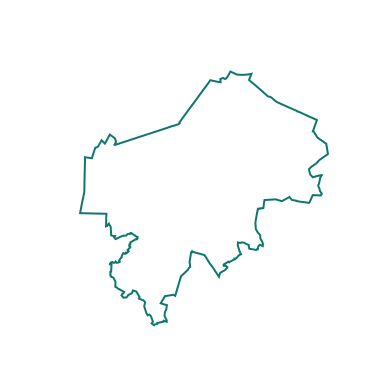 the district of Pāles pag., Limbaži, Latvia, rotated 305°
{"feature_id": "27541924B47846547362039", "entity_name": "Pāles pag.", "entity_type": "district", "adm_level": 2, "iso_a3": "LVA", "parent_name": "Latvia", "parent_adm1": "Limbaži", "projection": "albers", "projection_center": [24.703, 57.696], "detail": "fine", "context": "isolated", "style": "outline", "palette": "teal", "viewbox_px": 384, "rotation_deg": 305, "n_neighbors": 0, "source": "geoboundaries", "source_scale": "gbopen_adm2", "svg_char_len": 5727}
<svg xmlns="http://www.w3.org/2000/svg" viewBox="0 0 384 384"><g transform="rotate(305 192 192)"><path d="M97.3,237.8L112.2,232.8L116.7,231.3L121.6,232.4L126.2,233.3L127.9,233.0L129.2,233.4L129.6,233.5L133.2,230.2L142.0,225.9L143.5,226.0L143.2,226.7L143.3,226.7L147.5,238.4L146.4,241.2L145.4,243.4L143.7,247.4L142.6,250.8L141.9,253.0L138.9,260.4L138.0,262.7L140.3,261.9L141.9,261.5L147.1,263.8L147.3,263.8L147.6,263.9L147.8,264.0L148.0,264.1L148.6,264.0L148.8,264.0L149.7,264.2L150.3,264.2L150.6,264.2L150.8,264.0L150.8,263.8L150.8,263.6L150.7,262.9L150.9,262.4L151.0,262.1L150.9,261.9L150.8,261.5L150.7,261.4L150.5,261.2L150.1,260.9L149.8,260.6L149.8,260.3L149.9,260.1L150.1,259.9L150.3,259.7L150.7,259.7L150.9,259.6L151.0,259.6L155.7,261.7L155.6,262.7L155.8,262.7L156.1,262.6L156.4,262.9L156.9,263.1L157.1,263.4L159.0,264.3L159.5,264.5L160.6,265.0L161.0,265.4L161.2,265.2L161.8,264.9L162.0,265.4L162.4,266.0L162.8,266.1L164.1,266.3L165.2,266.4L166.1,266.6L167.8,267.0L169.1,267.9L170.4,265.4L172.7,262.4L173.4,261.6L173.7,261.2L174.5,260.2L174.8,259.9L177.0,258.7L177.0,258.8L178.1,261.0L178.4,261.2L179.1,261.4L179.3,261.7L179.6,262.3L180.3,263.5L180.4,263.9L180.5,265.6L180.7,267.0L181.0,268.4L181.1,268.8L179.4,270.5L178.4,271.4L179.2,273.3L180.2,275.2L180.5,275.9L181.4,277.9L181.7,278.1L181.8,278.1L182.7,278.1L183.0,278.7L184.4,277.9L185.4,277.6L187.4,277.7L187.6,277.8L187.7,278.0L187.8,278.1L188.0,279.3L188.2,280.5L188.3,281.0L190.5,279.6L190.6,279.4L191.5,278.0L191.8,277.5L193.1,274.8L195.2,273.0L195.8,272.5L195.9,272.3L196.5,269.3L198.2,265.6L202.6,262.0L203.5,261.4L204.9,260.7L209.1,258.7L211.4,257.6L212.1,257.3L212.7,257.1L216.1,255.6L217.1,256.9L217.3,257.2L217.4,257.3L217.5,257.5L217.8,257.3L219.7,259.7L224.7,257.1L227.0,256.0L228.2,257.5L234.0,264.8L236.0,270.8L240.5,273.1L243.8,274.7L242.8,278.5L244.7,282.4L244.5,282.6L245.9,285.7L246.7,287.3L247.9,289.4L248.3,290.2L249.6,293.0L250.2,294.1L251.6,294.1L258.7,292.7L260.7,295.8L261.8,297.5L263.1,299.6L264.8,299.2L265.0,299.3L265.2,299.0L265.4,298.6L265.5,298.3L266.2,296.2L266.4,296.0L267.4,295.0L267.6,294.8L267.8,294.5L268.6,293.0L268.8,292.7L269.2,292.3L270.0,291.5L271.5,291.3L277.2,288.9L277.7,288.8L280.3,288.7L280.2,288.4L279.3,287.6L277.5,285.9L273.3,282.4L273.7,281.2L273.7,280.8L274.0,279.2L274.4,278.6L274.5,278.4L276.7,275.8L277.2,275.2L277.6,274.8L277.8,274.7L279.6,275.0L282.3,275.7L282.4,275.8L283.9,276.4L284.1,276.4L286.6,277.4L289.1,277.7L291.5,278.1L294.8,279.3L295.9,279.7L301.0,281.6L302.1,280.6L306.8,276.0L308.6,274.2L308.4,273.8L308.4,273.1L308.5,270.9L308.6,263.4L309.4,261.4L311.5,256.6L311.1,256.4L311.0,256.2L311.8,256.0L322.4,253.1L322.6,253.0L322.4,251.8L321.4,246.6L321.2,245.7L320.9,244.5L320.9,244.2L319.3,235.2L318.9,233.3L318.8,233.0L318.7,232.8L318.8,232.8L318.3,230.0L317.8,227.8L317.1,223.8L317.0,223.7L316.5,221.1L315.0,213.2L314.4,209.9L314.4,209.6L314.4,208.6L314.8,204.0L314.9,201.9L314.9,201.7L314.8,201.4L314.8,201.2L314.0,200.0L314.0,199.8L313.9,199.3L314.3,196.3L314.5,193.7L314.6,193.4L315.8,182.3L316.2,177.3L316.2,176.9L316.4,174.6L316.5,174.5L317.6,174.2L322.9,172.9L321.0,171.1L317.4,166.9L315.8,164.4L314.9,163.0L314.0,161.6L312.7,154.3L310.7,154.6L306.5,155.0L304.2,154.7L303.3,153.8L303.3,152.1L300.8,150.4L298.3,152.5L296.8,149.4L295.1,145.4L294.1,142.9L288.2,142.9L283.3,142.7L267.8,142.4L260.2,142.2L257.3,142.1L241.8,141.8L241.4,142.4L241.3,142.5L240.4,142.2L240.1,142.2L239.5,141.8L235.3,138.7L235.1,138.5L235.0,138.4L234.9,138.2L229.7,134.4L195.7,108.9L193.4,107.2L186.4,101.9L186.3,101.4L189.2,101.1L190.5,99.8L191.2,98.8L191.8,97.9L191.9,91.8L181.7,92.9L182.3,89.5L182.5,88.3L180.7,88.5L178.6,88.6L177.0,88.8L175.8,88.9L175.1,88.9L174.7,88.7L174.0,88.3L173.0,87.6L172.7,87.4L168.2,88.7L167.7,88.9L162.2,90.6L159.1,84.4L154.4,87.6L138.5,98.2L130.2,103.8L119.7,108.3L113.9,110.9L110.5,112.5L115.1,119.4L121.0,128.3L125.1,134.3L123.6,135.3L120.1,137.6L119.3,138.2L118.3,138.8L114.5,141.3L115.4,142.0L116.9,142.1L117.6,141.9L118.4,142.0L118.0,142.5L117.9,142.8L117.3,144.4L117.0,145.1L116.7,145.5L110.3,150.5L110.2,150.6L110.4,151.5L110.6,152.0L110.9,152.7L111.2,153.4L111.7,154.1L110.2,154.2L109.6,156.4L112.9,158.3L114.3,159.1L116.4,160.4L118.6,163.1L119.0,163.2L120.2,163.3L120.5,163.4L120.9,163.6L121.0,163.7L121.3,164.1L121.7,164.7L121.9,165.2L122.7,165.1L123.2,165.2L123.4,165.6L123.6,165.8L123.5,167.0L123.6,170.3L123.6,172.7L123.9,173.1L122.6,174.1L122.1,174.1L122.1,173.6L121.6,173.3L121.3,173.6L120.8,173.2L120.3,172.7L119.0,172.1L117.6,171.5L115.7,170.5L115.3,170.8L113.8,170.7L113.7,171.4L112.3,171.2L111.7,172.7L111.3,172.5L111.1,173.1L107.5,172.5L107.1,174.2L104.3,173.5L104.4,172.6L102.9,172.6L102.5,170.7L98.8,171.3L98.1,171.9L96.8,171.6L94.1,171.6L93.5,172.8L92.3,172.4L90.8,170.9L91.3,169.4L90.2,169.4L89.2,168.7L89.0,166.8L87.7,166.0L86.1,166.0L85.7,166.2L86.8,167.4L80.3,171.5L79.7,170.9L77.7,172.5L77.4,172.5L76.6,173.3L76.7,173.8L76.4,174.2L76.2,174.6L76.8,176.5L74.7,180.6L73.8,181.4L72.4,182.2L71.3,182.9L70.3,183.7L70.7,185.4L70.4,186.1L71.2,193.8L69.4,193.9L68.7,193.3L66.8,193.6L66.5,194.8L66.2,196.3L66.2,196.6L68.1,198.8L69.7,198.9L71.1,198.9L74.5,200.8L76.6,200.4L77.5,200.1L78.0,201.6L78.5,203.5L77.6,205.5L76.8,207.1L76.1,208.7L76.1,209.1L75.3,209.4L74.2,209.7L75.4,214.4L74.8,216.8L70.8,218.5L69.9,219.7L69.2,220.8L68.6,221.5L66.8,223.8L65.6,226.4L67.1,227.4L66.8,229.2L66.0,230.6L63.4,234.3L63.2,234.4L61.2,234.3L61.1,235.9L61.1,236.6L61.1,237.2L61.1,237.3L61.9,237.3L64.1,239.2L64.8,238.7L68.1,241.8L69.4,243.0L70.2,242.5L70.3,242.5L71.2,245.7L72.5,244.8L73.2,243.1L74.7,240.8L74.8,240.5L78.1,238.7L78.3,238.6L80.9,238.3L84.9,236.4L83.9,233.4L82.9,230.2L85.4,230.0L91.2,229.6L97.2,235.8L97.3,237.8Z" fill="none" stroke="#0f766e" stroke-width="2"/></g></svg>